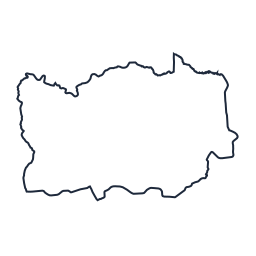 Svay Leu, Siemréab, Cambodia (orthographic projection), rotated 267°
{"feature_id": "14789045B56730119052608", "entity_name": "Svay Leu", "entity_type": "district", "adm_level": 2, "iso_a3": "KHM", "parent_name": "Cambodia", "parent_adm1": "Siemréab", "projection": "orthographic", "projection_center": [104.313, 13.682], "detail": "fine", "context": "isolated", "style": "outline", "palette": "slate", "viewbox_px": 256, "rotation_deg": 267, "n_neighbors": 0, "source": "geoboundaries", "source_scale": "gbopen_adm2", "svg_char_len": 5792}
<svg xmlns="http://www.w3.org/2000/svg" viewBox="0 0 256 256"><g transform="rotate(267 128 128)"><path d="M186.7,28.8L185.8,29.1L185.3,30.1L184.4,30.6L183.7,30.4L183.4,29.8L183.6,29.0L183.0,28.2L183.0,27.2L181.1,24.8L181.1,24.4L180.9,23.8L179.5,23.2L178.7,23.2L178.1,22.7L177.5,22.0L175.8,20.8L175.3,20.2L174.6,19.9L173.1,20.4L172.2,20.0L170.7,20.6L169.9,20.7L169.3,20.4L168.6,20.3L167.7,20.5L166.7,20.9L165.7,20.0L163.6,19.4L163.2,19.0L162.9,19.0L162.1,19.7L161.2,20.2L159.9,21.8L159.5,22.8L159.1,23.3L158.4,23.4L156.8,22.9L155.4,22.1L153.3,21.5L147.3,22.1L144.8,22.8L143.8,22.4L142.2,22.6L141.7,22.5L139.8,21.5L138.9,21.2L138.2,21.3L137.4,20.7L136.9,20.9L134.5,21.5L133.8,21.2L133.3,21.4L131.6,22.4L130.6,23.7L130.4,23.7L128.4,22.0L127.2,21.5L126.2,21.5L124.6,22.2L123.3,22.9L122.0,24.1L120.2,25.1L119.2,26.1L119.0,26.7L118.1,27.6L116.0,28.4L114.5,29.3L113.5,29.6L113.1,30.7L112.4,31.1L111.2,31.2L109.6,33.1L108.7,33.1L106.8,32.1L103.1,31.7L101.6,31.4L98.4,29.6L97.6,27.5L96.1,26.1L94.8,25.2L93.7,24.0L90.9,22.7L87.5,21.8L85.9,21.7L85.1,21.3L83.6,20.9L78.2,21.4L73.4,22.2L72.6,22.7L70.6,23.2L69.8,23.5L69.5,27.0L69.5,29.7L69.9,39.1L69.5,40.5L67.9,41.7L66.9,42.9L65.7,44.6L64.9,46.2L64.7,47.8L65.0,53.7L65.5,55.3L68.2,59.0L68.6,60.1L68.6,64.9L67.8,66.3L66.8,67.4L66.8,68.3L69.3,77.4L70.2,84.1L71.5,86.3L71.6,87.0L70.5,87.4L68.9,88.2L66.0,89.2L61.7,91.3L58.6,92.9L57.5,93.9L58.6,96.2L58.5,97.1L58.9,97.7L59.6,99.8L60.2,100.8L60.9,101.1L65.0,101.1L65.7,101.3L66.1,101.7L66.9,103.8L67.7,105.4L69.6,107.6L70.1,108.5L70.5,110.1L70.5,112.1L70.0,116.9L69.7,117.9L69.1,119.7L66.4,123.8L64.1,126.6L62.9,128.2L62.1,129.8L62.0,130.3L62.0,139.0L62.2,140.4L62.5,140.9L65.2,143.6L66.3,145.6L66.9,147.0L67.0,148.0L66.6,151.2L66.0,155.3L65.5,156.6L64.8,157.5L63.3,158.4L62.8,158.6L59.2,158.7L58.2,159.1L57.6,160.6L57.2,165.8L56.4,171.1L56.5,171.6L62.9,181.3L65.0,182.3L65.6,182.9L65.9,183.5L66.1,185.6L66.7,187.6L67.4,188.4L69.1,189.1L70.3,192.2L70.9,195.1L71.9,196.5L72.7,197.2L72.9,197.7L73.3,198.0L73.6,198.6L73.9,199.5L74.0,200.7L73.8,201.9L73.9,202.7L75.1,203.4L76.3,204.4L76.9,204.4L77.1,204.1L77.2,203.6L77.7,203.4L79.0,204.4L79.6,204.7L81.2,205.0L82.0,205.7L82.8,206.2L84.0,205.7L84.6,205.5L90.0,206.2L90.8,206.0L91.9,205.1L92.4,205.0L96.4,207.3L99.3,209.6L99.7,210.1L99.7,210.6L99.4,211.3L98.8,211.9L94.1,216.2L93.5,217.0L93.0,218.5L92.9,220.5L93.6,229.8L93.9,230.9L94.6,231.5L95.5,231.9L98.5,231.6L102.0,232.0L103.7,232.0L105.0,232.1L107.4,231.8L108.5,231.9L109.5,232.7L112.2,236.4L113.3,237.0L114.2,237.0L116.0,236.2L117.6,234.6L118.8,232.6L120.2,229.8L120.4,229.0L124.0,227.6L135.5,227.5L138.4,226.9L147.3,226.8L149.9,226.6L158.4,226.6L159.6,227.0L163.1,229.1L165.1,230.0L166.1,230.0L168.4,229.3L170.4,228.3L175.2,225.7L176.7,224.3L176.9,223.3L176.6,222.7L176.2,222.5L177.1,220.9L176.8,220.5L176.9,220.1L177.6,219.7L178.2,219.8L177.6,219.3L178.2,218.6L178.2,218.2L177.9,217.9L177.5,217.1L177.6,216.9L178.2,216.7L177.9,216.0L178.7,215.6L178.9,214.2L180.3,212.5L180.6,211.8L180.5,211.5L180.2,211.4L179.1,211.8L178.8,211.5L178.9,211.2L179.6,211.1L179.9,210.8L180.0,210.0L179.5,209.3L179.2,209.3L179.1,209.2L179.2,208.9L179.5,208.8L179.7,208.5L179.5,208.1L179.0,208.3L178.7,208.3L178.7,208.0L179.1,207.7L179.0,207.3L178.7,207.1L178.5,206.3L178.8,206.1L178.6,205.6L178.7,205.4L179.4,205.0L178.9,204.5L179.2,204.0L179.1,202.7L179.6,202.3L179.2,201.9L179.4,200.9L179.8,199.6L180.2,199.2L180.6,199.1L180.6,198.6L181.1,198.2L181.1,197.7L181.5,197.3L183.5,196.5L183.5,195.8L183.7,195.5L184.4,195.3L184.6,194.7L185.2,194.3L185.5,193.7L186.5,193.4L187.9,192.2L188.2,190.3L188.7,189.2L189.1,187.0L190.5,186.8L190.8,186.3L191.2,186.1L192.1,185.9L192.6,186.1L192.9,186.1L194.8,185.3L195.1,185.0L195.0,184.8L196.1,184.2L196.3,183.7L196.2,183.4L196.5,182.9L197.2,182.5L197.9,180.9L198.7,180.1L199.0,179.2L199.2,178.2L199.6,177.7L195.9,177.4L191.4,177.4L181.8,176.6L181.6,176.0L181.0,175.0L180.7,173.9L180.7,173.3L182.0,172.6L182.3,172.2L182.3,171.6L181.5,170.1L181.0,169.8L180.4,168.8L180.2,167.9L180.6,167.1L180.1,166.7L180.3,166.1L180.1,165.7L179.9,165.7L179.6,165.4L179.5,164.5L178.8,162.8L179.1,162.1L178.9,160.4L179.7,159.8L179.9,159.1L180.2,159.0L180.1,158.2L180.9,157.6L181.7,156.7L182.2,156.5L183.2,156.5L184.7,156.0L185.1,155.9L185.5,155.3L186.2,155.1L186.4,154.7L187.2,154.3L187.2,154.1L187.4,153.7L187.5,153.1L187.1,152.5L187.2,152.0L187.8,150.5L188.0,149.5L187.6,148.8L187.5,147.9L188.0,146.8L188.4,146.7L188.8,146.3L189.0,145.7L188.7,145.0L188.8,144.8L189.4,144.5L189.6,144.1L189.7,143.5L190.9,140.8L191.7,140.0L192.7,139.3L193.1,138.7L193.2,133.0L192.9,132.7L190.0,130.8L189.1,129.8L188.6,128.7L188.4,127.3L188.5,125.7L188.8,124.7L189.6,123.2L190.1,121.2L189.8,120.5L189.2,120.0L189.0,118.1L188.5,116.4L188.7,115.4L188.6,112.9L187.1,110.4L186.8,109.9L186.8,108.8L186.2,107.9L184.6,106.6L183.7,106.2L182.5,105.0L182.0,104.1L181.8,102.8L181.4,102.4L181.0,101.2L182.2,99.4L182.9,98.8L183.6,97.4L183.6,95.7L183.3,95.0L182.5,94.2L181.0,93.6L179.3,93.1L178.1,92.3L176.9,91.2L175.8,89.9L175.1,87.7L174.9,84.5L174.7,84.1L174.0,83.3L173.6,81.5L173.1,80.8L172.8,80.0L171.9,78.8L171.5,78.6L171.1,78.6L169.1,79.3L168.7,79.3L168.0,78.9L166.1,79.6L164.4,79.8L163.5,79.5L162.9,78.9L162.4,77.7L162.3,76.9L162.4,76.5L162.9,75.8L165.1,73.8L165.7,72.8L166.2,71.2L165.9,68.6L166.2,67.7L166.9,67.3L169.4,68.1L170.0,67.9L171.2,65.6L171.3,64.7L171.0,63.5L171.5,62.4L174.0,61.7L174.3,60.9L174.1,60.3L174.3,59.5L176.0,58.1L176.7,57.8L175.9,57.0L174.2,56.2L174.2,55.9L174.9,52.9L175.9,51.0L176.5,49.1L177.1,47.9L178.1,46.7L179.2,46.8L181.8,47.5L183.9,47.7L184.4,47.5L184.6,47.1L184.8,46.7L184.6,45.9L184.2,45.3L180.9,42.7L180.6,41.7L180.8,40.5L181.4,39.6L182.4,38.8L185.6,36.8L186.1,36.3L186.4,35.8L186.7,34.7L186.8,33.5L187.8,30.1L187.7,29.6L187.4,29.0L186.7,28.8Z" fill="none" stroke="#1e293b" stroke-width="2"/></g></svg>